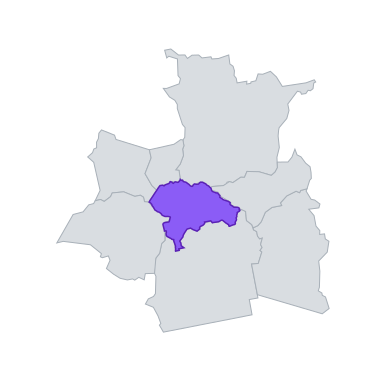 South Sudan shown with its bordering countries, rotated 169°
{"feature_id": "SSD", "entity_name": "South Sudan", "entity_type": "country or territory", "adm_level": 0, "iso_a3": "SSD", "parent_name": "Africa", "parent_adm1": "", "projection": "albers", "projection_center": [30.346, 7.857], "detail": "fine", "context": "with_neighbors", "style": "filled", "palette": "violet", "viewbox_px": 384, "rotation_deg": 169, "n_neighbors": 7, "source": "natural_earth", "source_scale": "50m", "svg_char_len": 8163}
<svg xmlns="http://www.w3.org/2000/svg" viewBox="0 0 384 384"><g transform="rotate(169 192 192)"><path d="M188.5,260.1L190.5,276.7L189.7,280.7L191.3,285.2L196.0,289.6L200.4,299.2L197.2,298.5L184.0,300.6L181.7,305.5L183.5,308.9L180.9,325.4L188.9,329.7L191.2,328.4L191.8,336.4L185.5,336.4L179.1,329.0L172.8,327.9L171.0,324.0L165.9,326.3L159.3,325.2L156.6,321.7L147.6,321.1L147.1,318.8L140.5,318.0L129.8,319.5L130.4,310.5L127.7,307.6L127.2,302.9L128.5,298.3L126.9,295.3L126.9,290.5L117.0,290.3L117.8,287.5L113.6,287.5L113.1,288.8L108.1,289.0L104.6,295.3L100.1,294.1L92.0,295.5L87.2,288.9L83.2,278.4L59.2,277.4L50.6,278.8L49.6,276.4L51.7,275.7L53.5,270.3L56.5,268.8L58.6,269.7L61.5,266.9L65.9,267.1L66.3,269.3L69.3,270.8L81.2,260.1L81.2,253.6L84.9,246.1L94.2,238.5L95.2,236.1L96.8,230.5L97.8,219.0L102.0,209.9L103.5,199.6L106.7,195.7L111.0,193.2L122.4,199.1L134.1,201.7L137.7,196.4L141.3,197.2L150.1,193.4L153.3,195.1L155.8,194.9L157.0,193.0L160.0,192.3L171.0,193.5L173.6,192.6L178.4,199.2L182.0,200.2L192.2,197.8L194.1,201.2L201.1,206.4L200.6,215.7L203.8,216.8L198.2,221.7L193.4,229.5L193.0,235.9L191.1,238.9L191.0,244.8L188.7,247.0L186.5,256.6L188.5,260.1Z" fill="#d9dde1" stroke="#a8b0b8" stroke-width="1"/><path d="M269.0,270.2L257.2,262.6L256.6,258.1L225.8,241.6L225.6,233.3L234.6,219.0L230.1,205.9L226.2,200.4L236.4,190.3L240.5,191.6L240.6,196.1L243.3,198.7L248.9,198.6L259.0,205.2L270.5,206.3L272.8,203.0L280.0,199.5L283.2,202.1L288.7,201.9L281.9,211.1L282.8,239.9L287.7,246.3L282.1,249.6L280.2,252.9L277.2,253.6L276.2,259.1L273.7,262.3L272.2,267.5L269.0,270.2Z" fill="#d9dde1" stroke="#a8b0b8" stroke-width="1"/><path d="M151.7,168.6L145.8,165.0L143.1,162.7L144.0,153.6L139.6,148.6L138.9,143.2L136.1,140.8L136.1,136.2L134.5,133.1L131.7,133.5L134.7,127.4L133.8,124.1L136.4,121.7L134.9,119.8L140.6,109.2L147.3,109.9L147.5,75.4L156.3,75.5L156.5,60.0L246.8,59.9L249.4,67.5L247.7,68.9L249.0,76.9L251.9,86.2L259.1,90.9L255.3,95.4L249.7,96.8L247.3,99.2L243.5,116.1L244.3,119.3L243.2,126.1L240.1,134.0L235.5,138.0L231.5,147.3L227.8,149.6L225.5,158.0L225.7,165.1L225.6,158.9L224.5,158.8L223.6,152.1L219.6,149.0L218.6,143.2L219.5,137.4L215.9,136.8L215.3,138.6L210.7,139.0L212.5,141.3L213.2,146.1L205.1,156.3L201.0,157.1L194.5,152.4L191.5,154.1L190.7,156.4L186.6,157.9L186.4,159.5L178.6,159.5L177.5,157.9L171.8,157.5L169.0,158.9L166.9,158.2L161.5,151.3L155.9,152.3L151.6,163.1L146.4,165.4L151.7,168.6Z" fill="#d9dde1" stroke="#a8b0b8" stroke-width="1"/><path d="M147.4,78.7L147.3,109.9L140.6,109.2L134.9,119.8L136.4,121.7L133.8,124.1L134.7,127.4L131.7,133.5L134.5,133.1L136.1,136.2L136.1,140.8L138.9,143.2L138.7,145.2L133.8,146.4L129.7,149.6L123.9,158.1L116.4,161.6L106.6,161.6L107.3,164.4L99.7,170.1L89.7,172.9L86.5,170.8L85.0,172.8L78.5,173.2L79.8,171.1L76.5,162.1L73.1,160.7L68.7,155.8L70.5,152.2L80.7,152.8L76.7,145.5L76.8,134.9L73.9,129.7L74.8,126.0L69.9,125.6L70.1,120.5L67.0,117.5L70.7,107.2L80.8,100.1L81.6,89.9L85.1,74.2L86.9,70.9L83.8,68.1L83.8,65.7L81.0,63.5L79.6,51.5L87.4,47.6L147.4,78.7Z" fill="#d9dde1" stroke="#a8b0b8" stroke-width="1"/><path d="M173.6,192.6L171.0,193.5L160.0,192.3L153.3,195.1L150.1,193.4L141.3,197.2L137.7,196.4L134.1,201.7L122.4,199.1L111.0,193.2L106.7,195.7L103.5,199.6L102.6,205.1L92.1,203.1L87.3,207.1L82.8,214.4L81.8,208.4L78.3,205.7L74.9,198.6L71.3,194.3L71.4,188.6L72.3,182.5L74.2,181.1L78.5,173.2L85.0,172.8L86.5,170.8L89.7,172.9L99.7,170.1L107.3,164.4L106.6,161.6L116.4,161.6L123.9,158.1L129.7,149.6L133.8,146.4L138.7,145.2L139.6,148.6L144.0,153.6L143.1,162.7L156.0,171.8L156.0,174.4L164.5,182.1L166.5,186.9L172.4,190.1L173.6,192.6Z" fill="#d9dde1" stroke="#a8b0b8" stroke-width="1"/><path d="M334.4,167.8L313.0,192.6L302.7,193.3L295.8,199.1L290.8,199.4L288.7,201.9L283.2,202.1L280.0,199.5L272.8,203.0L270.5,206.3L259.0,205.2L248.9,198.6L243.3,198.7L240.6,196.1L240.5,191.6L236.4,190.3L231.6,181.7L228.0,179.9L226.6,176.7L222.6,172.9L217.7,172.3L220.4,167.8L224.5,167.6L227.8,149.6L231.5,147.3L235.5,138.0L240.1,134.0L244.3,119.3L253.4,120.8L255.7,114.9L260.5,118.4L265.0,116.4L266.9,118.0L272.2,118.0L279.0,121.0L284.6,126.2L290.6,133.2L285.5,140.6L286.3,145.2L292.5,144.6L294.3,145.9L292.7,148.8L301.8,159.6L327.8,168.1L334.4,167.8Z" fill="#d9dde1" stroke="#a8b0b8" stroke-width="1"/><path d="M225.8,241.6L200.6,242.3L193.0,245.6L191.0,244.8L191.1,238.9L193.0,235.9L193.4,229.5L198.2,221.7L203.8,216.8L200.6,215.7L201.1,206.4L204.3,204.3L209.4,206.0L215.8,204.1L221.4,204.1L226.2,200.4L230.1,205.9L234.6,219.0L225.6,233.3L225.8,241.6Z" fill="#d9dde1" stroke="#a8b0b8" stroke-width="1"/><path d="M226.0,200.7L224.2,202.6L222.8,203.9L222.6,204.1L222.2,204.4L220.9,204.4L219.5,204.3L218.3,203.4L217.0,204.1L216.2,204.3L215.7,204.4L214.6,204.5L213.0,204.8L212.3,205.3L211.9,205.6L211.6,206.3L211.4,206.3L211.1,206.3L210.7,206.0L209.9,205.6L209.5,204.8L209.1,204.4L208.7,204.1L207.4,204.9L206.7,205.1L206.2,205.1L205.2,204.6L204.2,204.2L203.6,204.2L202.8,204.7L201.8,205.5L201.3,206.2L201.1,206.6L200.9,206.3L200.8,205.9L200.5,205.5L200.0,205.4L199.6,205.5L199.1,205.5L198.9,205.3L198.8,204.8L198.7,204.2L198.5,203.9L197.8,203.5L196.0,202.7L194.6,201.1L193.9,200.4L193.4,199.9L192.7,198.7L191.9,197.9L190.9,197.5L190.2,197.7L189.6,198.6L188.3,199.4L187.7,199.4L187.0,199.0L186.0,198.7L184.3,198.5L183.6,198.9L182.7,199.6L182.0,199.9L181.5,200.0L181.0,199.8L180.5,199.7L180.1,199.7L179.2,199.1L178.7,198.7L178.4,198.3L177.9,198.0L177.3,197.7L176.9,197.4L176.7,196.9L176.4,196.3L175.9,195.8L174.6,194.8L174.1,194.2L173.9,193.6L173.3,193.0L172.7,192.2L172.5,191.0L172.5,190.0L172.4,189.6L172.1,189.1L171.8,188.7L171.4,188.3L170.3,187.7L169.1,186.9L168.6,186.5L167.5,186.4L166.9,185.9L166.4,185.0L166.2,184.3L165.6,183.7L165.4,183.3L165.3,182.9L165.7,181.4L165.1,180.9L164.2,180.2L163.6,179.5L163.2,178.8L162.0,178.0L159.5,176.6L158.0,175.8L157.3,175.0L156.6,174.3L156.5,174.0L157.0,173.3L157.0,172.6L156.7,172.0L155.2,170.7L154.0,169.3L153.1,168.9L150.9,168.5L150.2,168.3L149.6,168.0L148.9,167.4L148.7,166.7L149.1,165.5L148.9,165.1L148.5,165.0L148.6,164.8L149.0,164.2L149.7,163.9L151.5,163.3L151.6,163.1L151.7,162.4L151.8,162.0L152.5,161.0L152.6,160.6L152.6,159.7L152.7,159.3L152.9,159.0L153.4,158.5L153.6,158.2L153.6,157.6L153.6,156.3L153.9,155.8L155.0,154.6L155.3,154.1L155.5,153.6L155.4,153.1L155.5,152.6L155.9,152.2L156.2,152.0L157.0,151.9L157.6,152.0L161.6,151.2L162.1,151.3L162.3,151.8L162.3,152.6L162.3,153.0L162.5,153.2L163.2,153.6L163.6,154.2L163.8,154.4L164.5,154.9L167.4,158.4L168.3,158.7L169.1,158.6L170.7,157.9L171.5,157.7L177.2,158.0L177.9,157.9L178.8,159.7L179.2,160.1L185.4,160.1L185.3,159.6L185.4,159.1L186.1,158.3L186.5,158.0L186.6,157.9L187.6,157.3L188.5,157.0L190.3,156.6L191.0,156.0L191.4,155.4L191.4,154.2L191.6,154.1L192.1,153.8L194.1,152.8L194.5,152.6L198.2,154.9L200.3,156.8L200.5,156.9L200.9,156.7L201.0,156.7L201.8,156.7L203.5,156.6L204.1,156.4L207.4,153.0L208.3,151.9L208.5,151.7L209.0,150.9L209.5,149.6L213.3,146.3L213.4,146.1L213.4,145.9L212.9,144.8L212.7,144.3L212.7,143.4L212.8,142.2L212.8,141.3L212.8,141.2L212.7,141.1L210.6,138.8L215.8,138.7L215.8,138.4L215.7,138.1L215.7,137.7L215.7,137.3L215.7,137.2L219.4,137.1L219.4,137.7L218.9,139.2L218.9,140.2L218.8,141.2L218.8,141.3L218.7,141.5L218.5,141.8L218.5,142.0L219.3,147.9L219.3,148.1L219.2,148.2L219.0,148.5L219.0,148.8L220.8,149.4L220.8,149.5L221.5,150.3L225.0,153.1L225.4,154.1L225.5,154.2L225.5,154.4L225.5,154.6L225.4,155.1L225.4,155.4L225.5,155.5L225.5,155.8L225.0,156.9L224.8,157.6L224.8,158.2L224.8,158.6L224.9,158.8L225.0,158.9L226.4,158.9L226.5,158.9L226.5,159.2L226.5,160.9L226.6,162.3L226.7,164.6L226.7,165.2L226.7,165.9L226.5,166.2L226.1,166.7L225.5,167.0L224.2,167.2L223.1,167.1L222.3,167.1L221.3,167.0L220.3,167.1L219.9,167.5L219.4,168.6L218.6,170.3L218.2,171.0L218.1,171.4L218.2,171.7L218.7,172.0L219.9,172.5L221.2,172.8L222.2,172.9L222.8,173.1L223.3,173.2L225.2,174.5L225.8,175.1L226.2,175.6L226.2,176.2L226.5,176.7L227.6,177.9L228.2,178.5L229.8,179.3L230.5,180.3L231.1,180.7L231.7,181.2L232.0,181.9L232.7,184.1L233.2,185.2L233.7,186.1L233.9,187.6L234.3,188.2L234.7,189.0L235.3,189.7L236.0,190.3L234.7,191.9L233.1,193.5L231.2,195.4L229.2,197.5L227.6,199.1L226.0,200.7Z" fill="#8b5cf6" stroke="#5b21b6" stroke-width="1.5"/></g></svg>